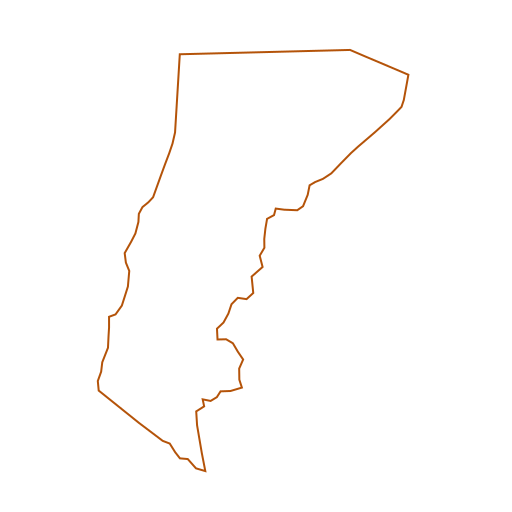 Tracunhaém, Pernambuco, Brazil, rotated 174°
{"feature_id": "56859067B39604010475320", "entity_name": "Tracunhaém", "entity_type": "district", "adm_level": 2, "iso_a3": "BRA", "parent_name": "Brazil", "parent_adm1": "Pernambuco", "projection": "natural_earth1", "projection_center": [-35.157, -7.742], "detail": "fine", "context": "isolated", "style": "outline", "palette": "amber", "viewbox_px": 512, "rotation_deg": 174, "n_neighbors": 0, "source": "geoboundaries", "source_scale": "gbopen_adm2", "svg_char_len": 1257}
<svg xmlns="http://www.w3.org/2000/svg" viewBox="0 0 512 512"><g transform="rotate(174 256 256)"><path d="M288.1,171.6L294.4,176.3L303.0,177.0L302.4,187.8L295.3,193.2L289.5,201.6L285.4,210.6L278.5,216.3L269.9,214.1L262.6,219.5L262.5,236.0L250.6,244.4L252.3,255.9L246.8,263.3L246.0,272.1L243.8,282.2L241.1,291.8L233.8,294.8L231.4,301.1L223.1,299.1L210.2,297.2L204.0,300.6L198.2,311.4L195.3,320.7L189.4,323.4L181.4,325.7L172.5,330.3L161.5,339.6L150.7,348.5L142.9,354.2L124.6,366.8L108.8,378.3L100.7,384.9L95.7,389.1L92.7,395.7L87.8,412.4L85.5,420.3L103.1,430.1L125.9,442.7L140.9,451.1L235.4,458.6L310.7,464.6L323.6,387.3L327.3,376.5L331.6,367.2L336.6,357.3L341.9,346.5L352.2,325.2L357.4,320.7L363.8,316.5L368.1,310.2L369.4,302.1L373.6,291.0L378.7,283.2L386.3,272.6L386.1,263.0L383.6,254.4L386.6,239.0L390.6,229.8L394.6,220.7L401.8,212.6L408.5,210.9L409.6,200.3L411.1,191.3L412.8,180.2L420.0,166.4L422.1,157.1L426.4,148.2L426.5,138.6L389.9,102.3L368.1,81.9L361.4,78.5L356.9,69.3L352.8,62.7L345.1,61.2L337.9,51.1L328.9,47.4L330.5,65.7L332.3,93.9L331.7,107.7L323.3,111.9L324.0,119.0L316.3,116.6L309.7,119.7L305.4,125.1L295.5,124.4L283.8,126.6L285.5,134.7L284.5,145.8L279.6,154.4L284.1,162.8L288.1,171.6Z" fill="none" stroke="#b45309" stroke-width="2"/></g></svg>